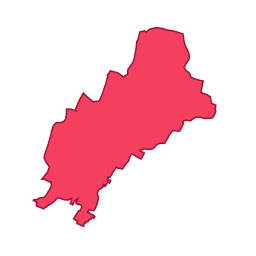 Kota Kediri, Jawa Timur, Indonesia, rotated 97°
{"feature_id": "22746128B79918158306090", "entity_name": "Kota Kediri", "entity_type": "district", "adm_level": 2, "iso_a3": "IDN", "parent_name": "Indonesia", "parent_adm1": "Jawa Timur", "projection": "albers", "projection_center": [112.028, -7.823], "detail": "fine", "context": "isolated", "style": "filled", "palette": "rose", "viewbox_px": 256, "rotation_deg": 97, "n_neighbors": 0, "source": "geoboundaries", "source_scale": "gbopen_adm2", "svg_char_len": 5740}
<svg xmlns="http://www.w3.org/2000/svg" viewBox="0 0 256 256"><g transform="rotate(97 128 128)"><path d="M101.0,42.9L97.9,43.9L96.7,43.7L94.7,43.6L93.2,48.2L86.9,50.2L85.5,53.2L83.8,59.9L76.7,59.5L75.4,59.5L74.3,59.3L73.5,59.2L72.8,59.1L72.2,59.0L72.1,60.3L71.9,62.9L71.7,64.1L71.5,65.6L71.2,67.0L70.9,68.5L70.6,69.6L70.2,70.8L69.7,71.6L69.2,72.2L68.3,72.6L67.3,73.0L66.5,73.6L65.7,74.2L65.1,75.1L64.6,76.4L64.3,77.3L60.9,79.7L55.7,77.5L52.3,75.8L49.1,75.9L45.6,77.2L41.4,79.9L38.3,81.7L35.0,83.0L28.0,84.9L26.6,91.7L26.1,95.5L26.0,99.9L25.9,102.5L25.6,102.9L25.3,103.9L25.2,104.8L25.1,106.2L25.0,107.5L25.0,109.2L25.0,110.6L25.1,111.9L25.3,112.8L25.5,113.9L26.0,115.2L26.4,116.3L26.7,117.1L26.9,117.5L27.0,117.7L27.4,118.4L27.5,118.6L28.1,119.3L28.2,119.6L30.5,121.6L30.5,121.9L30.3,122.2L29.7,123.0L29.5,124.1L29.8,124.2L30.2,124.3L30.3,124.5L30.4,125.2L30.7,126.4L30.8,127.1L30.9,127.7L32.7,128.2L33.4,128.3L34.2,128.3L35.4,128.3L35.9,128.4L36.9,128.8L37.2,128.8L38.0,128.6L38.6,128.5L38.9,128.6L40.2,129.5L40.8,129.6L41.4,129.8L42.3,129.8L42.9,129.7L43.4,129.8L44.3,129.8L45.0,129.7L46.1,129.7L47.8,129.7L49.1,129.7L50.2,129.8L51.1,129.9L52.8,130.0L54.5,130.1L56.6,130.2L58.4,130.3L60.5,130.7L61.8,131.0L63.2,131.6L66.6,133.4L68.8,134.6L69.4,134.9L69.9,135.1L70.4,135.2L71.1,135.3L74.6,134.9L77.8,138.8L75.6,142.7L74.3,145.6L74.2,146.7L74.1,148.0L73.7,150.1L73.6,150.9L73.4,152.2L73.4,152.4L73.6,152.6L74.0,152.9L74.4,153.1L75.7,153.6L76.3,153.8L76.7,154.1L77.1,154.3L77.4,154.7L77.6,154.9L77.9,155.0L78.1,155.0L78.5,154.8L79.4,154.3L81.0,154.7L87.0,155.4L91.2,156.5L96.7,157.4L104.8,159.9L106.1,165.9L103.4,170.4L100.2,174.9L98.8,176.6L101.2,177.6L102.9,178.3L105.3,179.3L105.9,179.5L108.1,180.1L110.0,180.8L111.3,181.1L114.6,182.1L115.7,182.2L116.2,182.0L117.3,181.6L117.2,181.9L116.4,185.8L116.3,188.2L116.8,191.4L121.9,190.8L126.9,191.0L129.8,192.9L131.0,196.7L131.4,200.0L135.1,202.5L140.3,203.4L146.2,204.0L152.7,205.0L157.3,205.9L162.2,207.0L167.8,207.7L171.6,205.4L176.2,201.3L181.1,202.4L182.6,203.1L189.1,207.1L189.4,207.3L189.3,206.2L188.9,205.9L188.8,205.5L189.4,204.1L189.4,203.8L190.6,201.0L191.0,199.9L191.0,199.0L191.0,198.6L190.8,197.7L191.8,197.7L192.5,197.7L193.0,197.5L193.1,197.0L195.2,197.2L196.5,197.6L198.2,198.2L200.0,199.0L201.4,199.7L203.6,200.5L204.8,201.3L207.1,202.9L208.3,207.5L210.1,209.7L210.2,210.8L210.9,213.0L211.4,213.1L211.5,212.6L212.1,211.4L212.8,209.8L212.6,209.7L212.8,209.2L214.1,209.6L214.9,209.6L215.0,209.4L215.5,209.6L216.4,209.5L217.8,205.0L217.4,204.7L217.9,203.7L218.2,202.9L218.3,202.6L218.6,201.8L217.4,201.0L216.4,200.5L216.6,199.9L216.7,199.7L216.1,199.2L215.1,198.8L214.3,197.3L214.0,196.9L213.5,196.3L211.3,193.7L210.1,192.6L207.8,190.7L205.9,189.2L205.9,188.0L206.1,186.2L206.7,184.7L207.1,182.0L207.0,181.4L206.9,181.0L206.7,180.2L206.7,179.9L206.9,179.4L207.0,179.0L206.9,178.8L205.8,177.6L205.7,177.2L205.4,176.7L204.8,175.7L204.7,175.4L208.9,175.6L209.8,176.2L210.4,175.1L210.6,174.5L211.1,173.6L210.0,173.0L209.5,173.3L207.2,172.0L205.8,170.9L205.3,170.5L205.1,170.2L204.5,169.7L204.1,169.2L204.7,169.3L206.2,169.8L207.4,170.0L208.9,170.6L209.0,170.3L209.6,169.2L210.2,167.8L209.6,167.3L210.4,165.0L211.8,164.3L213.0,164.5L215.2,165.3L216.1,165.8L216.1,166.0L216.0,166.4L216.0,166.7L216.2,167.0L217.1,167.3L218.8,168.1L219.9,168.8L220.4,169.0L222.1,169.7L223.2,170.1L223.9,170.5L224.8,170.9L225.7,169.0L225.8,169.0L226.2,167.7L226.3,167.5L226.7,166.6L228.8,167.3L229.2,166.1L229.3,166.2L230.2,162.5L230.4,162.6L230.5,162.2L231.0,160.2L230.2,160.0L229.9,160.0L229.5,160.1L227.6,159.4L227.3,159.2L227.5,158.6L226.2,158.2L226.3,157.6L226.1,157.3L226.0,157.1L226.0,156.6L225.8,156.2L225.6,156.0L225.1,156.1L224.8,156.0L224.1,156.0L223.7,155.6L223.8,155.2L223.0,154.9L222.9,154.3L223.0,153.7L222.2,153.5L222.1,153.4L221.1,153.0L221.7,151.1L221.8,150.8L220.7,150.4L220.0,150.1L219.9,150.1L219.7,150.7L219.3,151.5L219.0,151.3L218.2,153.1L217.6,154.7L216.9,156.2L216.6,156.7L217.1,156.9L216.5,158.2L213.9,156.6L214.2,151.7L211.7,150.6L207.7,149.5L200.1,148.7L197.4,150.7L192.9,149.6L190.5,146.4L189.8,145.9L189.8,146.0L189.5,146.5L189.3,146.3L188.7,146.1L188.2,145.7L187.3,145.4L186.9,145.2L187.3,144.2L188.5,144.3L188.7,144.0L188.4,143.9L188.5,143.5L187.8,143.1L184.2,141.6L185.0,139.8L183.8,139.2L182.3,138.8L181.9,139.7L181.9,139.8L182.0,140.3L182.2,140.8L181.9,142.2L180.2,141.4L179.6,142.4L179.3,142.2L179.1,141.6L179.1,141.1L179.1,140.7L179.1,140.4L178.7,139.8L178.7,139.6L178.3,139.4L178.0,139.4L177.1,139.0L175.8,138.4L174.7,138.0L173.9,137.7L173.2,137.4L172.4,136.7L171.9,136.4L170.9,135.9L168.3,134.9L169.3,132.7L169.3,132.2L168.8,131.4L169.5,129.2L169.4,128.7L169.2,128.4L169.0,128.2L168.8,128.1L168.5,127.9L168.0,127.7L166.9,127.2L166.6,127.0L166.2,126.9L165.9,126.9L165.6,126.9L165.4,126.7L165.2,126.6L165.0,126.3L164.7,126.2L164.4,126.1L164.1,125.8L163.5,125.5L162.9,125.0L162.7,124.9L162.4,124.7L162.2,124.4L161.8,124.2L161.1,123.5L160.7,123.3L160.0,123.3L159.2,123.4L157.9,123.1L157.5,123.0L156.8,122.7L155.8,122.3L155.0,121.9L154.1,121.6L153.6,121.4L153.0,121.1L153.4,120.3L153.7,119.7L154.2,118.4L154.5,118.0L154.9,117.1L155.1,116.6L155.5,115.8L155.8,114.9L156.7,112.4L156.9,111.7L157.1,111.3L155.6,110.6L150.9,108.7L150.5,109.7L149.8,111.4L149.6,112.1L149.5,112.4L149.4,112.8L149.1,113.4L148.2,112.8L146.7,109.2L146.7,103.8L145.4,100.4L141.3,97.6L139.3,94.6L138.7,89.6L137.1,89.1L133.1,87.2L132.4,87.0L131.4,86.8L130.3,86.4L129.1,85.6L127.7,84.8L124.9,83.3L124.9,83.2L125.0,82.1L125.0,78.4L124.9,77.4L124.9,76.5L121.1,74.9L120.9,74.9L116.7,73.5L116.3,73.5L116.2,74.2L115.9,74.2L114.7,74.1L113.9,74.0L113.7,72.6L113.1,70.7L113.3,67.1L109.0,62.2L108.6,57.0L109.2,52.6L107.7,45.4L104.6,43.9L101.0,42.9Z" fill="#f43f5e" stroke="#9f1239" stroke-width="1.5"/></g></svg>